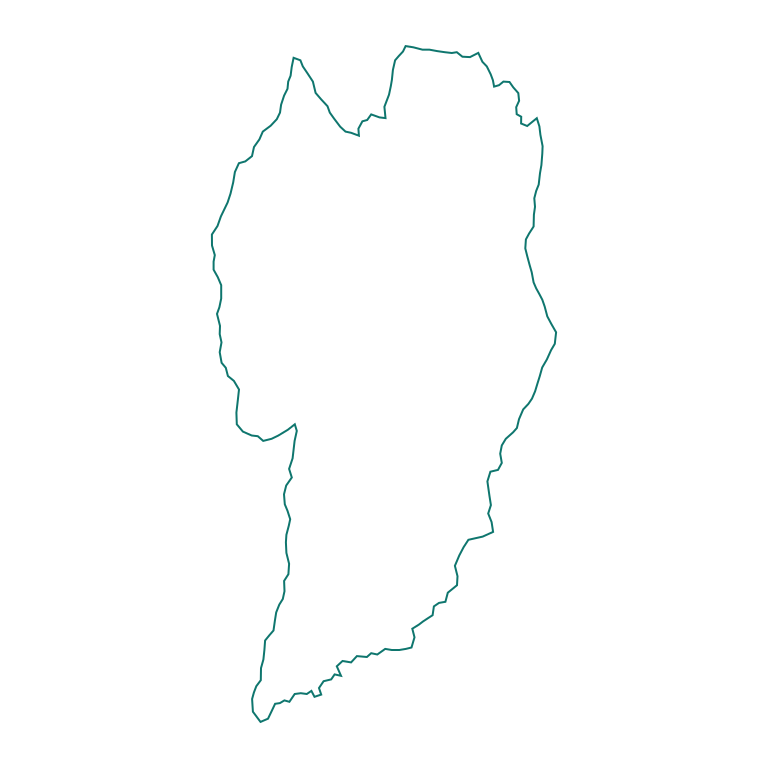 outline of Curitiba, Paraná, Brazil
{"feature_id": "56859067B20014913756231", "entity_name": "Curitiba", "entity_type": "district", "adm_level": 2, "iso_a3": "BRA", "parent_name": "Brazil", "parent_adm1": "Paraná", "projection": "equal_earth", "projection_center": [-49.292, -25.495], "detail": "fine", "context": "isolated", "style": "outline", "palette": "teal", "viewbox_px": 768, "rotation_deg": 0, "n_neighbors": 0, "source": "geoboundaries", "source_scale": "gbopen_adm2", "svg_char_len": 2954}
<svg xmlns="http://www.w3.org/2000/svg" viewBox="0 0 768 768"><path d="M293.6,57.8L291.7,67.1L290.6,75.7L288.2,81.6L287.5,88.8L284.1,95.6L281.1,104.7L280.0,112.6L276.8,119.2L270.7,125.7L262.8,131.6L259.4,139.4L254.0,147.0L252.0,156.1L245.3,161.4L238.9,163.2L234.9,172.0L233.2,182.4L230.5,193.7L227.6,202.5L220.9,216.4L217.5,226.0L211.9,234.5L212.0,245.5L214.8,255.1L213.6,261.6L213.6,269.7L217.8,277.2L221.2,285.2L221.2,298.5L219.4,307.2L217.0,313.9L220.0,325.9L219.7,334.1L221.5,342.4L219.7,352.2L221.6,362.8L225.8,367.8L227.9,376.0L233.9,380.9L239.0,389.5L237.8,400.4L236.4,412.6L236.8,424.3L242.9,431.6L251.7,435.5L257.8,436.2L263.2,440.9L271.6,438.8L278.2,435.6L287.8,429.8L294.8,424.3L296.8,430.9L294.6,440.9L292.6,458.3L289.1,468.9L291.8,477.5L286.2,485.5L284.0,494.3L284.8,504.3L287.5,510.8L290.2,519.2L288.8,525.7L286.4,534.8L285.9,542.3L286.4,552.9L289.1,563.8L288.4,574.2L284.1,580.9L284.5,591.2L282.8,599.0L279.3,604.6L276.2,612.4L274.9,620.6L273.5,630.5L269.5,635.1L265.1,640.5L264.4,650.0L263.4,659.5L261.0,668.1L260.8,680.2L256.3,686.2L253.9,692.5L252.1,699.0L252.9,711.7L260.5,721.9L268.0,718.7L271.9,710.6L275.1,703.8L279.9,703.1L284.4,700.4L289.4,701.8L294.7,694.0L300.8,693.2L306.8,694.0L311.4,690.9L314.5,696.8L321.2,694.6L319.0,688.0L323.6,681.2L331.2,679.4L334.6,674.4L341.0,675.8L336.8,666.3L342.5,661.0L351.1,662.4L356.9,656.1L366.9,657.0L371.2,653.2L377.3,654.5L385.2,648.9L391.8,650.0L399.3,650.0L405.9,648.9L411.5,647.5L414.5,637.3L412.3,628.7L418.9,624.6L423.1,621.4L428.1,618.1L432.6,615.2L433.9,606.4L439.0,602.9L445.4,601.8L447.8,592.7L457.0,585.2L457.5,576.2L454.9,565.8L459.3,555.4L463.6,547.2L468.4,539.8L482.7,536.6L493.1,531.9L491.6,522.1L488.2,513.5L490.9,505.1L489.4,495.5L487.4,481.4L490.4,471.7L498.0,469.9L501.8,462.9L500.2,453.7L501.8,445.4L505.8,438.8L513.1,432.3L516.9,428.0L519.0,419.2L523.2,409.4L528.3,404.0L532.0,398.6L535.1,391.3L537.5,383.4L539.7,376.4L542.2,367.5L546.9,359.4L551.1,350.1L554.8,343.8L556.1,332.3L551.3,323.9L547.3,316.4L544.7,306.6L542.3,299.7L539.2,293.8L536.2,288.4L533.6,282.4L531.7,272.2L529.7,265.3L527.3,256.4L525.3,248.4L525.9,239.4L529.1,233.5L533.6,226.5L533.9,214.7L535.0,206.8L534.3,198.3L536.2,190.9L538.7,184.6L540.0,173.2L541.4,165.1L542.3,153.6L542.6,146.2L540.4,134.8L539.4,126.4L536.8,118.2L527.2,126.0L521.1,123.5L521.2,116.7L516.7,114.2L516.2,107.2L519.1,100.8L518.3,93.1L513.3,87.4L509.5,82.0L503.4,81.6L499.0,85.2L494.1,86.6L492.9,80.2L490.7,74.3L486.8,66.4L482.4,61.8L478.3,52.9L470.0,57.1L462.4,56.7L456.8,52.2L451.8,53.0L444.8,52.2L437.2,51.1L429.6,49.7L422.6,49.7L413.3,47.3L405.6,46.1L403.0,51.5L398.8,56.0L395.1,60.3L392.9,70.0L391.9,79.8L390.8,86.2L389.0,94.7L384.4,106.8L385.5,118.1L379.5,117.4L371.2,114.4L367.2,120.0L362.4,121.3L358.4,128.7L358.9,135.7L351.1,132.8L345.5,131.6L340.2,126.7L334.0,118.5L329.8,112.6L327.5,106.2L321.1,99.3L315.6,92.9L312.9,81.6L307.6,73.5L302.8,66.4L300.4,60.3L293.6,57.8Z" fill="none" stroke="#0f766e" stroke-width="2"/></svg>